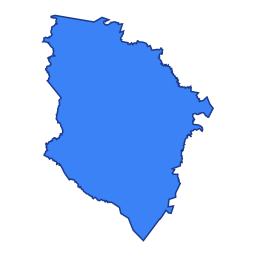 Balleza, Chihuahua, Mexico (orthographic projection)
{"feature_id": "50627088B93456517929571", "entity_name": "Balleza", "entity_type": "district", "adm_level": 2, "iso_a3": "MEX", "parent_name": "Mexico", "parent_adm1": "Chihuahua", "projection": "orthographic", "projection_center": [-106.603, 26.712], "detail": "fine", "context": "isolated", "style": "filled", "palette": "blue", "viewbox_px": 256, "rotation_deg": 0, "n_neighbors": 0, "source": "geoboundaries", "source_scale": "gbopen_adm2", "svg_char_len": 5680}
<svg xmlns="http://www.w3.org/2000/svg" viewBox="0 0 256 256"><path d="M143.4,240.6L159.5,219.1L159.8,219.3L161.8,216.8L166.0,210.3L168.6,212.9L171.1,213.3L173.5,206.0L168.1,206.8L169.0,199.4L175.7,197.2L175.5,193.2L180.2,183.5L179.7,183.2L179.6,182.3L178.4,180.8L179.1,180.0L178.3,178.9L178.3,178.0L177.5,176.2L177.8,174.3L173.7,174.2L172.3,173.3L174.6,169.8L172.4,168.7L180.3,165.8L180.6,161.8L180.8,161.7L182.0,162.5L182.2,162.0L181.7,161.1L181.6,160.3L182.4,158.7L181.8,157.7L182.1,156.1L181.2,155.9L181.5,152.6L181.2,150.6L181.5,150.3L181.8,151.1L182.4,151.1L182.5,150.8L182.1,150.2L182.4,149.6L183.2,149.9L183.2,149.1L183.9,147.0L183.4,145.3L184.7,144.4L184.1,143.6L184.3,142.5L184.9,141.6L184.6,140.5L186.3,138.0L187.4,137.7L187.0,135.6L188.0,134.9L188.9,136.1L188.6,135.0L189.1,134.3L189.9,134.7L190.7,136.4L191.0,136.4L190.5,135.1L190.9,134.4L191.6,134.1L191.6,133.7L191.1,132.2L190.6,131.7L191.3,130.8L193.1,130.7L194.1,129.5L195.3,129.3L196.6,130.1L199.2,128.5L200.2,129.1L201.0,130.3L202.1,131.2L202.6,130.1L202.3,127.5L200.4,125.9L198.1,124.9L193.3,124.4L192.7,122.4L193.3,121.5L192.8,121.1L192.8,120.6L193.0,120.3L193.3,120.8L193.8,120.8L194.1,119.6L194.5,119.3L192.6,116.4L193.0,114.2L194.5,113.6L195.7,113.6L197.0,114.5L198.8,114.2L199.7,113.3L200.1,113.6L201.9,112.7L203.6,112.6L205.8,115.8L206.6,116.0L207.7,117.1L208.6,117.1L213.1,108.3L209.8,104.0L207.0,97.0L203.2,100.5L200.7,101.2L199.6,100.2L199.6,100.9L199.3,101.3L198.7,99.3L199.2,98.8L197.2,97.7L197.3,96.6L196.2,95.3L198.4,92.8L190.9,91.4L191.1,87.4L190.5,87.5L190.5,86.6L189.7,87.5L189.4,87.1L188.7,87.0L188.4,87.8L187.4,87.0L185.3,88.2L185.1,87.3L184.1,87.0L182.6,87.2L182.0,86.6L181.1,87.3L180.5,86.8L179.4,86.5L179.3,86.0L178.4,85.9L178.5,85.3L179.1,85.2L178.5,84.3L179.3,83.5L178.5,83.3L178.2,82.6L177.9,83.3L177.6,82.3L176.6,81.9L177.0,81.1L178.2,80.5L178.3,80.1L177.5,79.6L177.4,78.5L176.6,78.7L176.6,77.7L176.0,77.9L176.2,78.4L175.9,78.4L175.2,77.5L175.2,76.6L174.7,75.8L173.9,75.5L173.4,74.0L172.7,74.1L172.5,73.0L171.6,72.5L172.1,72.1L171.8,71.6L172.3,71.4L171.7,69.2L171.1,69.4L171.4,68.4L170.4,68.6L169.7,67.5L169.9,66.9L168.8,66.5L168.3,65.9L168.3,65.3L167.6,66.0L167.0,65.4L167.2,65.1L166.4,65.6L166.5,64.7L166.3,64.5L165.4,64.8L165.6,65.2L165.4,65.7L164.1,64.6L163.7,65.7L163.2,65.3L162.8,65.4L162.2,64.7L162.4,62.7L161.7,64.2L161.0,63.8L161.5,62.3L161.4,61.1L160.2,59.9L159.8,59.1L159.2,58.8L158.6,57.5L159.6,57.0L159.2,55.7L159.7,54.3L161.0,53.4L161.5,54.1L162.1,54.0L162.0,53.5L162.4,52.8L162.1,51.1L162.7,49.9L161.4,48.7L161.3,48.2L160.9,48.1L160.7,48.7L159.4,49.8L157.4,49.4L151.9,50.2L150.2,45.6L147.8,46.5L147.7,45.9L147.2,45.7L147.3,44.7L146.1,43.3L142.4,42.1L139.3,42.0L137.8,40.8L137.1,41.3L137.1,42.1L136.2,43.8L135.2,42.9L133.1,43.5L132.8,44.6L132.0,43.9L131.5,42.9L129.7,44.5L129.2,44.0L128.0,44.2L128.0,42.7L122.1,41.6L121.6,41.3L121.1,40.1L121.5,39.8L120.7,39.4L120.6,38.6L123.3,33.4L123.2,32.3L123.6,31.0L119.8,32.3L122.5,23.9L118.4,24.3L118.5,22.9L116.4,22.6L115.8,22.0L113.7,21.9L112.0,22.5L111.1,22.3L110.9,22.9L110.0,23.3L109.7,23.9L107.0,25.2L106.1,24.6L105.2,24.7L103.7,23.1L104.0,21.4L105.2,21.0L105.6,21.6L106.2,20.7L107.4,20.6L108.9,19.8L102.0,17.4L94.1,22.0L54.9,15.4L51.1,16.4L51.3,17.5L52.3,17.3L52.9,17.9L53.7,18.1L55.3,17.8L56.7,18.6L55.9,21.2L56.3,22.8L57.1,23.5L57.1,23.8L56.3,24.1L55.7,23.6L54.5,25.5L51.8,27.1L51.7,28.9L50.9,31.9L51.0,32.5L51.9,33.9L51.9,34.8L51.5,35.8L49.3,36.9L49.4,37.7L48.6,37.4L48.0,38.0L45.8,37.4L44.8,37.6L44.3,38.2L43.9,38.2L44.1,41.0L43.2,41.2L42.9,41.8L44.2,41.6L47.0,42.2L48.4,43.1L48.7,42.9L48.7,43.7L49.6,44.4L50.4,46.0L53.3,48.6L53.1,50.0L53.8,50.8L53.2,52.7L53.3,53.9L52.9,54.3L54.6,55.8L53.3,55.8L52.8,56.1L51.6,55.9L50.1,57.0L49.8,58.0L49.3,57.4L49.2,57.8L48.5,57.6L47.8,58.1L48.5,58.9L49.1,61.1L50.8,63.4L51.0,64.2L50.8,64.8L50.1,65.0L50.0,65.8L47.2,66.3L46.7,67.2L46.7,68.3L45.9,68.6L45.7,69.7L46.9,70.7L47.1,71.6L47.7,71.5L48.1,72.3L47.7,72.8L48.7,73.2L49.0,75.2L49.4,75.6L49.7,76.4L48.7,78.6L48.7,79.9L47.3,80.6L61.1,97.7L60.5,98.9L59.5,99.6L59.1,100.5L59.6,105.2L58.7,105.7L58.2,108.2L57.8,108.6L57.8,110.9L57.3,112.3L57.4,113.4L56.3,114.8L56.9,115.7L56.3,118.2L56.5,119.5L57.2,120.0L57.8,121.4L57.9,122.8L58.7,122.5L59.6,122.9L60.7,124.5L60.8,125.9L62.3,128.7L62.2,129.1L62.8,130.4L62.7,131.6L62.9,132.0L62.0,133.5L61.9,134.6L60.9,133.9L60.3,134.0L60.5,135.2L59.7,135.8L59.3,137.9L58.7,137.7L57.3,138.9L56.6,138.6L56.4,139.3L55.8,138.6L54.9,138.3L54.9,137.8L54.1,137.8L52.3,139.3L52.4,140.7L52.1,140.8L51.9,140.4L51.5,141.1L51.0,140.9L50.8,141.3L48.7,142.1L48.7,142.6L47.5,144.2L47.1,144.1L46.5,143.2L46.0,143.5L45.8,144.0L46.3,145.1L46.2,145.9L46.9,146.6L46.2,147.3L47.3,149.8L46.9,150.2L47.3,150.5L46.4,150.8L45.6,151.8L45.3,153.1L44.2,154.5L44.2,155.4L45.8,155.9L46.7,156.8L47.8,156.6L49.6,159.1L50.6,158.3L52.1,158.5L53.1,160.5L54.2,160.2L54.5,161.1L56.0,161.4L57.2,162.7L57.4,163.2L56.7,163.5L56.7,164.4L57.1,164.3L57.3,163.8L58.9,163.5L59.4,163.7L59.2,165.1L59.7,165.2L60.0,164.7L60.6,164.9L60.8,166.0L61.5,166.7L64.4,172.7L69.3,179.8L70.2,179.0L72.5,179.7L73.2,179.4L74.1,179.9L74.3,180.5L75.1,181.3L75.2,182.1L76.3,182.1L77.2,183.4L78.0,184.0L78.3,184.8L77.9,186.0L78.3,187.0L79.0,187.0L79.7,187.5L80.2,186.6L80.6,186.6L81.5,189.1L83.1,189.8L83.2,190.6L84.1,191.8L84.9,192.2L86.8,193.9L87.9,193.8L89.2,195.2L91.0,196.2L92.0,196.3L92.2,197.5L93.3,198.7L94.3,197.6L95.6,197.5L96.7,198.9L97.4,199.2L97.6,199.9L99.2,200.7L101.5,199.4L102.6,200.4L104.6,200.5L104.7,201.4L105.2,201.8L105.6,201.8L106.5,200.8L107.0,201.0L107.6,202.0L107.6,203.0L107.9,202.3L108.9,202.0L109.7,202.4L111.5,202.2L119.4,207.4L120.9,213.5L128.4,218.1L133.2,230.2L143.4,240.6Z" fill="#3b82f6" stroke="#1e3a8a" stroke-width="1.5"/></svg>